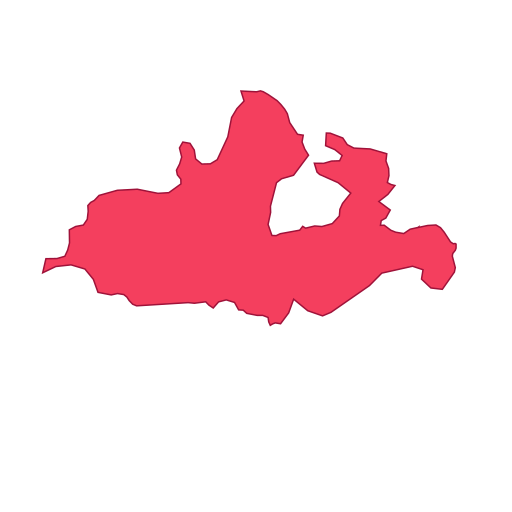 map outline of Pest (Natural Earth projection), rotated 136°
{"feature_id": "HUN-3164", "entity_name": "Pest", "entity_type": "County", "adm_level": 1, "iso_a3": "HUN", "parent_name": "Hungary", "parent_adm1": "", "projection": "natural_earth1", "projection_center": [19.256, 47.5], "detail": "fine", "context": "isolated", "style": "filled", "palette": "rose", "viewbox_px": 512, "rotation_deg": 136, "n_neighbors": 0, "source": "natural_earth", "source_scale": "10m", "svg_char_len": 2171}
<svg xmlns="http://www.w3.org/2000/svg" viewBox="0 0 512 512"><g transform="rotate(136 256 256)"><path d="M119.3,164.0L119.6,163.9L111.3,158.7L105.0,153.3L103.6,148.2L104.1,142.4L106.3,131.0L105.6,127.8L104.1,126.7L103.8,125.6L106.6,122.7L108.6,121.7L112.8,121.1L114.9,119.5L120.7,109.2L124.5,106.6L145.1,102.6L152.4,111.5L153.0,124.4L145.4,130.1L150.5,139.9L177.4,156.3L194.9,155.9L241.2,163.4L249.7,166.7L256.8,180.7L258.9,198.8L272.0,192.4L285.4,190.2L288.6,194.5L291.2,195.6L293.9,196.2L292.6,199.8L290.0,203.4L292.4,208.6L296.5,212.6L302.5,221.2L302.8,225.9L305.9,229.3L303.7,237.5L307.9,245.1L314.8,249.0L322.9,248.3L324.0,253.4L324.0,258.0L333.1,264.8L337.2,269.6L376.5,303.1L378.2,307.0L378.2,312.0L377.4,316.2L377.9,320.1L381.7,325.2L387.2,328.6L394.9,339.6L389.2,352.2L388.1,365.5L395.2,378.1L407.3,387.5L421.1,392.1L409.0,400.0L400.9,392.4L393.7,388.6L387.3,391.1L381.1,394.9L372.1,404.5L365.2,402.5L358.7,398.2L351.9,399.6L345.7,404.7L341.9,409.1L337.7,409.4L333.8,408.3L326.8,408.6L310.1,399.6L300.1,390.9L295.0,386.5L283.0,369.2L274.7,362.1L259.9,360.0L256.7,363.5L256.2,369.0L253.6,373.0L246.9,375.3L240.7,378.8L236.0,386.9L229.5,388.8L225.2,382.9L226.8,375.1L232.0,367.8L231.1,359.8L224.8,354.0L217.0,352.2L193.5,361.3L177.3,372.6L167.2,375.3L156.9,375.8L152.2,385.1L141.5,373.7L138.1,371.7L136.7,369.2L135.1,363.7L132.9,352.9L132.9,347.4L133.4,341.7L134.6,336.6L139.1,328.5L141.6,314.7L138.1,310.1L143.7,306.0L146.7,299.0L148.2,292.0L172.9,288.0L183.9,293.8L190.3,294.5L211.0,281.8L215.2,277.2L225.4,270.3L230.3,259.7L227.3,256.6L223.1,255.2L206.6,244.2L201.8,244.9L201.0,241.6L192.9,236.8L188.1,231.4L178.6,226.3L168.2,226.9L163.2,231.3L157.2,233.7L144.1,235.4L146.0,251.7L153.6,270.5L153.8,274.0L149.6,282.2L142.9,275.6L135.7,271.8L129.7,266.4L124.2,268.5L125.4,277.8L129.3,287.0L120.0,295.6L117.3,292.8L111.6,280.6L113.0,272.7L110.6,265.6L99.5,253.7L90.9,238.7L96.5,234.1L99.8,226.8L104.6,221.4L110.5,217.6L109.2,213.6L107.1,210.2L118.4,208.7L129.8,209.9L127.5,195.8L136.3,193.1L141.3,194.5L145.2,191.6L142.4,189.1L141.1,180.8L139.0,176.1L134.1,169.5L126.5,168.2L119.8,164.1L119.3,164.0Z" fill="#f43f5e" stroke="#9f1239" stroke-width="1.5"/></g></svg>